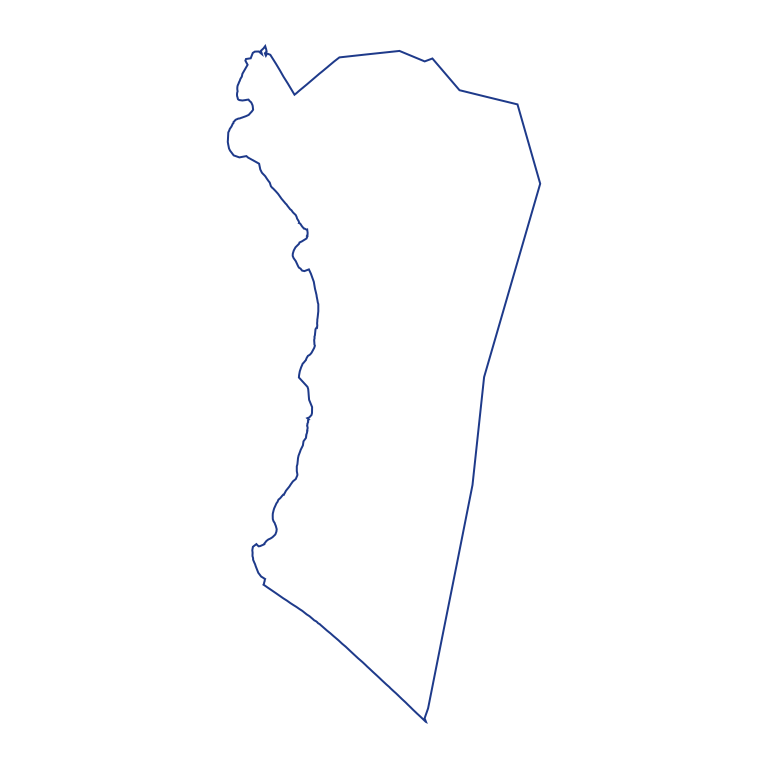 outline of Santa María Huazolotitlán, Oaxaca, Mexico
{"feature_id": "50627088B3562448791337", "entity_name": "Santa María Huazolotitlán", "entity_type": "district", "adm_level": 2, "iso_a3": "MEX", "parent_name": "Mexico", "parent_adm1": "Oaxaca", "projection": "equal_earth", "projection_center": [-97.973, 16.191], "detail": "fine", "context": "isolated", "style": "outline", "palette": "blue", "viewbox_px": 768, "rotation_deg": 0, "n_neighbors": 0, "source": "geoboundaries", "source_scale": "gbopen_adm2", "svg_char_len": 5138}
<svg xmlns="http://www.w3.org/2000/svg" viewBox="0 0 768 768"><path d="M517.5,104.4L485.5,96.6L459.5,90.2L432.4,58.5L424.7,61.4L399.4,50.9L398.9,51.0L364.9,54.6L339.4,57.4L334.1,61.5L322.4,71.3L319.4,73.7L306.9,84.4L300.1,90.0L298.0,91.8L297.7,92.1L296.2,93.4L294.5,94.7L289.0,85.5L288.0,83.8L283.5,76.7L280.1,70.7L276.1,64.0L270.3,54.8L267.1,53.5L265.9,55.7L264.9,53.3L266.6,51.4L266.1,49.0L265.7,47.8L265.2,46.1L263.9,47.8L263.9,48.0L260.9,50.8L261.9,54.1L258.8,51.5L254.9,51.6L252.8,52.9L250.7,58.3L246.0,59.0L245.4,60.7L247.6,64.8L242.4,73.8L241.8,76.7L241.3,77.4L240.9,78.1L240.5,78.7L240.0,80.1L239.5,81.4L238.9,82.4L238.7,83.3L238.0,84.7L237.5,86.1L237.3,87.9L237.3,89.3L237.6,91.4L237.3,92.2L237.1,93.1L237.0,94.6L237.1,96.1L237.6,97.6L237.8,98.7L238.1,99.3L238.6,99.7L239.5,100.1L242.4,100.5L245.3,100.1L246.8,99.8L248.5,99.6L249.5,100.9L251.2,102.4L252.5,105.2L252.7,106.1L253.1,109.7L251.9,111.4L250.4,113.0L248.7,114.9L245.9,116.2L242.8,117.3L242.4,117.5L241.6,117.7L241.1,117.9L240.6,118.1L239.8,118.4L239.2,118.5L238.2,118.6L237.5,119.0L236.7,119.3L235.6,119.8L234.9,120.6L234.3,121.3L233.6,121.9L233.5,122.2L233.4,123.2L232.7,123.8L232.0,125.4L231.4,126.7L230.8,127.4L230.4,128.1L229.8,128.9L229.2,130.6L228.3,132.4L227.9,140.1L227.9,140.4L227.8,141.2L227.8,142.0L227.9,142.7L228.1,143.6L228.1,143.8L228.1,144.0L228.2,144.4L229.0,148.4L230.0,150.5L230.5,151.2L233.7,155.4L239.4,157.4L243.1,156.7L246.4,156.1L248.1,157.6L259.1,163.7L260.3,169.5L261.9,172.7L262.0,172.8L263.2,174.1L264.3,175.2L265.3,176.3L265.7,176.9L266.0,177.4L266.8,178.6L267.2,179.2L268.7,181.3L269.7,182.5L270.1,183.7L270.9,186.2L272.1,187.7L272.8,188.2L273.7,189.1L275.9,191.4L276.6,192.2L278.1,193.9L281.5,198.7L282.6,200.0L285.7,203.7L286.5,204.4L287.1,205.3L287.6,206.0L288.8,207.5L290.1,209.2L291.4,210.2L292.9,212.3L294.0,213.4L295.7,215.0L296.6,216.9L297.1,218.6L298.6,221.0L299.3,223.0L299.2,223.1L299.9,223.4L300.3,223.8L300.9,224.6L301.5,225.6L302.3,226.7L303.0,227.5L303.9,228.5L304.1,228.4L306.8,229.8L307.2,229.6L307.6,232.6L307.6,234.3L306.9,235.9L307.5,236.2L306.5,238.5L301.5,241.6L301.4,241.6L299.5,242.5L299.1,243.7L298.8,244.0L295.5,247.3L293.8,250.4L293.4,251.7L292.8,253.7L292.7,255.9L293.6,258.1L295.8,261.2L298.0,266.0L298.9,267.6L300.5,268.6L302.1,270.6L304.4,271.1L308.9,269.4L310.9,273.7L313.8,281.8L315.0,288.8L315.6,291.2L316.5,295.0L316.7,296.6L317.4,300.1L317.8,302.5L318.3,304.1L318.3,307.5L318.3,311.2L318.3,311.3L317.8,316.0L317.6,317.7L317.6,317.9L317.3,319.5L317.3,321.1L317.1,323.2L317.2,324.8L317.3,325.0L317.1,327.2L316.9,327.0L316.0,328.5L315.5,329.2L315.3,331.4L314.9,335.3L314.4,337.0L314.6,337.9L314.4,338.9L314.2,339.8L314.2,340.8L314.3,342.0L314.4,343.3L314.4,344.3L314.9,345.7L314.2,347.9L311.6,352.7L310.3,354.3L309.6,354.9L307.9,355.9L306.6,358.1L306.0,359.6L306.0,359.9L303.4,363.0L302.7,363.6L302.1,365.1L301.1,367.4L299.8,371.3L299.1,375.1L298.9,377.5L307.5,386.9L308.2,389.1L308.5,392.4L308.8,396.5L309.1,399.8L312.1,407.1L312.0,413.0L311.5,415.0L309.3,417.4L307.3,418.2L308.7,419.5L308.4,419.6L307.9,421.0L308.2,421.9L307.5,423.5L307.4,423.9L307.3,424.1L307.4,424.6L307.4,425.0L307.1,425.6L307.2,426.1L307.3,426.5L307.6,427.1L307.6,427.7L307.6,428.2L307.6,428.3L307.5,428.9L307.4,429.2L307.4,429.3L307.1,430.6L307.1,431.2L307.3,431.2L306.9,433.1L306.6,433.9L306.3,434.5L306.3,434.8L306.4,435.0L306.2,435.7L306.0,436.1L306.2,436.6L305.9,438.0L303.5,441.3L302.9,445.4L300.7,449.8L300.2,451.3L298.5,455.8L298.4,456.4L298.0,458.2L297.8,460.4L297.4,464.3L296.8,466.3L296.8,471.1L297.4,474.4L297.3,475.4L295.8,479.0L292.9,481.4L290.8,484.3L289.4,486.5L286.0,490.7L283.8,494.8L283.3,494.6L282.2,495.8L280.8,497.5L280.0,498.4L278.5,499.6L277.5,501.9L276.4,503.4L275.3,505.9L274.2,508.3L273.7,509.9L272.8,513.6L272.7,515.6L272.8,519.1L273.1,520.0L273.6,521.4L274.6,522.8L274.9,523.7L275.8,525.9L276.7,529.2L276.4,531.6L275.4,534.3L275.0,534.8L272.5,537.2L270.5,538.5L268.3,539.5L266.4,541.0L264.2,543.8L264.4,544.1L264.2,544.3L260.1,546.1L258.6,546.3L257.1,544.9L256.4,544.1L252.9,546.8L252.3,550.2L252.6,552.8L252.5,554.8L252.5,556.2L252.9,557.4L253.1,558.4L253.1,559.7L254.1,562.1L255.1,564.3L255.7,566.2L258.3,572.8L261.2,576.6L262.1,577.1L265.1,579.0L264.8,579.6L264.7,580.5L264.6,581.1L264.5,581.6L264.3,582.0L264.2,582.3L264.1,583.1L264.0,583.5L263.8,584.1L263.5,584.7L264.6,585.4L267.3,587.3L272.3,590.7L276.1,593.3L280.4,596.3L283.1,598.2L286.9,600.6L290.4,603.1L293.5,605.1L296.4,606.9L299.7,609.2L302.2,610.8L306.7,614.4L309.5,616.2L312.9,619.1L314.2,620.3L316.1,621.3L317.1,622.1L318.2,623.3L319.7,624.1L320.4,624.8L322.8,626.9L326.9,630.5L330.5,633.4L333.3,635.9L336.0,638.2L338.7,640.5L342.1,643.7L345.8,646.8L349.6,650.4L354.1,654.6L358.1,658.3L362.5,662.1L365.8,665.2L367.1,666.5L369.4,668.6L373.0,672.0L376.5,675.2L379.4,677.9L381.9,680.3L386.3,684.4L389.4,687.1L390.4,688.2L393.2,690.8L395.9,693.2L398.6,695.8L401.9,699.0L405.7,702.5L408.2,705.0L411.2,707.9L413.3,710.0L417.2,713.7L420.9,717.1L423.5,719.6L425.8,721.8L426.0,721.9L424.6,718.3L428.1,708.3L442.3,636.7L456.8,564.2L472.5,485.0L477.9,434.7L484.1,377.1L540.2,183.7L517.5,104.4Z" fill="none" stroke="#1e3a8a" stroke-width="2"/></svg>